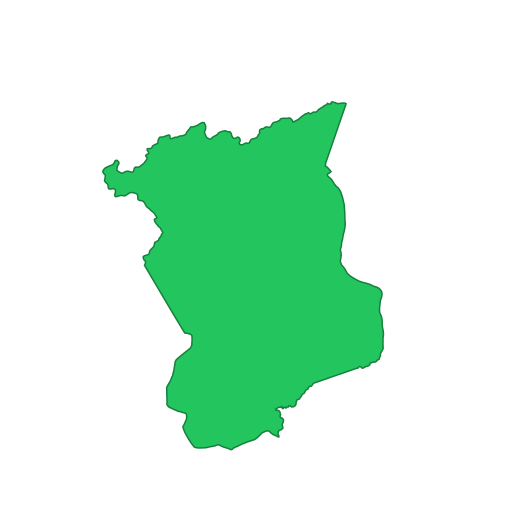 Anajás, Pará, Brazil, rotated 54°
{"feature_id": "56859067B41993569024253", "entity_name": "Anajás", "entity_type": "district", "adm_level": 2, "iso_a3": "BRA", "parent_name": "Brazil", "parent_adm1": "Pará", "projection": "robinson", "projection_center": [-50.06, -0.792], "detail": "fine", "context": "isolated", "style": "filled", "palette": "green", "viewbox_px": 512, "rotation_deg": 54, "n_neighbors": 0, "source": "geoboundaries", "source_scale": "gbopen_adm2", "svg_char_len": 6153}
<svg xmlns="http://www.w3.org/2000/svg" viewBox="0 0 512 512"><g transform="rotate(54 256 256)"><path d="M113.2,232.8L114.2,235.7L114.9,238.8L116.0,240.8L116.3,241.9L115.7,244.1L115.1,245.6L114.3,246.9L113.9,247.9L113.7,248.9L113.6,250.3L112.8,250.9L112.2,252.2L111.7,254.4L111.0,256.0L109.8,256.2L108.7,255.3L107.8,254.9L106.8,255.4L106.0,257.8L105.1,261.2L103.4,263.8L103.6,264.9L104.3,266.3L105.0,267.3L106.0,268.1L107.1,269.3L106.3,273.2L106.2,275.0L107.3,276.9L107.1,278.2L105.7,280.0L105.4,281.1L106.1,281.8L108.5,281.9L109.4,282.1L110.0,283.2L109.6,284.8L109.8,286.1L110.8,286.5L111.8,286.3L112.9,286.5L113.5,287.3L115.1,292.3L115.3,297.6L115.1,298.9L113.3,301.1L113.4,302.9L115.1,304.7L115.6,305.6L115.5,306.7L115.0,307.5L112.3,309.5L111.5,310.7L111.1,311.6L110.5,315.4L109.5,316.4L106.2,317.9L104.6,317.9L103.6,317.2L102.0,315.5L101.0,313.2L100.2,312.2L99.2,311.8L97.0,312.1L96.3,313.1L96.2,314.3L97.2,315.8L97.8,317.3L97.8,318.8L96.9,322.0L96.2,325.7L96.2,326.9L96.6,328.5L97.2,329.8L98.1,330.6L99.2,330.7L101.3,330.5L102.3,330.5L104.0,332.1L106.1,334.4L108.2,334.4L110.0,333.9L110.9,333.9L112.8,334.6L113.6,335.3L114.4,335.6L115.4,335.5L116.3,334.5L117.3,332.4L118.2,331.2L119.1,331.0L120.2,331.0L121.7,332.1L123.0,333.9L123.8,334.6L124.8,334.9L125.7,334.6L127.4,330.0L128.1,329.0L130.1,327.0L130.5,325.6L130.6,321.8L130.9,320.3L131.6,319.2L134.3,316.7L135.7,316.0L136.8,315.9L138.3,316.6L140.2,318.0L141.1,318.2L142.4,317.7L144.7,315.4L146.0,315.0L147.8,315.0L151.3,315.5L152.7,315.3L155.8,314.4L157.7,314.2L161.3,313.2L162.3,313.2L163.5,313.4L165.6,313.4L166.8,313.7L166.9,314.9L166.5,315.9L166.8,316.9L168.6,317.6L171.9,317.7L173.0,317.5L174.8,317.5L176.8,316.9L179.2,317.3L182.1,317.5L182.7,318.6L183.1,320.1L184.1,321.0L184.4,321.9L184.5,323.2L185.0,324.3L185.6,325.1L186.0,326.0L185.5,330.0L187.6,332.2L188.3,333.4L189.1,338.1L189.5,339.1L191.3,341.1L191.5,342.6L190.2,346.0L190.2,347.5L190.9,348.2L193.2,348.9L195.4,348.6L196.2,349.1L196.9,349.9L197.5,350.7L198.0,351.7L255.9,357.2L276.4,358.9L277.4,358.0L278.1,356.9L279.5,356.2L280.6,354.9L282.8,354.7L285.9,356.7L290.4,360.4L291.9,363.1L292.4,373.6L293.0,381.3L294.0,383.5L299.6,389.0L303.9,394.0L304.4,395.1L306.6,398.5L309.3,404.6L310.3,405.9L321.6,413.6L323.2,415.0L324.2,415.4L325.2,415.5L326.9,415.3L332.5,412.3L333.5,411.6L335.4,410.6L337.8,408.5L338.9,407.8L341.6,405.6L342.4,405.3L343.5,405.5L345.6,406.7L347.1,408.2L350.1,413.2L350.6,414.5L351.3,415.6L352.8,416.2L356.6,417.2L364.6,418.2L366.3,418.2L367.3,418.4L373.8,418.3L374.7,418.0L375.9,417.1L377.7,415.1L378.9,413.4L381.8,409.0L382.7,406.6L385.4,401.1L386.2,398.1L387.1,397.0L391.3,394.7L395.9,391.2L397.9,390.3L398.4,388.9L398.2,386.7L398.4,385.2L399.0,383.4L400.0,377.6L401.4,372.2L403.7,365.0L403.8,362.7L403.1,357.1L402.7,355.7L402.8,354.2L403.5,351.2L404.0,349.8L404.8,348.9L405.8,348.1L407.0,348.2L410.3,347.2L413.9,345.1L414.9,344.7L415.8,344.0L414.9,343.2L412.6,342.6L411.2,341.2L410.9,340.2L411.0,338.9L411.3,338.0L411.3,336.0L410.8,335.2L409.7,334.7L408.8,334.5L407.7,333.8L407.1,332.9L406.7,332.0L405.4,330.5L404.4,330.0L403.5,330.0L402.5,330.1L401.7,330.9L400.6,331.0L399.6,330.7L399.0,329.5L395.8,328.2L394.8,328.4L393.7,328.9L393.2,329.8L392.1,330.6L391.3,329.7L391.7,328.8L391.5,327.0L392.1,326.3L392.4,325.3L393.2,324.7L392.9,323.7L394.0,323.7L395.0,324.2L395.4,323.3L394.8,322.5L395.4,321.4L396.6,321.2L396.6,319.1L397.2,318.4L396.5,317.5L397.4,316.3L398.9,316.1L400.0,314.4L400.2,313.0L399.9,311.7L399.4,310.7L398.5,310.2L397.9,309.2L396.5,307.8L397.2,305.0L396.4,303.0L396.2,301.9L395.6,300.9L395.3,299.9L395.1,299.0L395.4,297.9L394.9,296.7L394.2,295.7L393.9,294.3L394.1,292.0L393.2,290.9L393.1,289.2L393.8,288.0L393.5,286.2L392.7,284.4L405.7,241.5L406.6,239.3L406.2,238.3L406.4,237.1L407.7,236.2L408.6,236.2L409.7,235.4L409.7,234.0L410.0,232.5L411.1,229.1L411.0,228.0L409.6,226.5L410.2,225.5L411.0,223.1L411.8,222.0L412.0,220.5L411.6,219.2L411.9,217.0L411.0,216.1L410.3,215.0L410.0,214.1L408.2,212.8L405.7,207.6L402.1,205.2L396.8,201.3L394.6,199.1L391.6,197.2L388.4,195.8L385.4,194.0L381.8,191.5L378.9,190.2L376.7,189.6L374.7,189.3L372.0,187.6L370.0,186.0L364.8,181.2L363.4,179.0L362.2,177.6L360.2,175.9L357.8,175.1L354.9,175.4L352.3,176.5L349.3,178.8L345.9,180.5L341.6,183.8L339.8,185.4L336.7,187.5L333.5,189.1L330.0,190.6L327.3,191.6L323.4,192.4L319.8,191.8L317.7,191.7L313.3,192.0L309.8,190.9L305.4,186.5L302.9,185.1L300.5,184.1L298.3,181.3L295.4,178.7L293.0,175.8L290.5,173.4L288.0,170.3L285.3,167.4L282.4,164.8L279.3,163.0L273.4,158.9L266.5,154.6L259.9,151.7L254.0,149.8L251.8,149.5L249.0,149.5L246.3,150.2L243.6,150.3L240.8,150.0L238.3,149.9L233.3,151.0L232.2,150.4L231.7,149.5L232.0,148.3L231.9,145.7L230.5,145.7L227.3,146.0L226.0,146.2L223.9,147.0L221.7,144.9L185.8,93.6L184.6,94.1L183.3,95.8L180.7,100.5L178.5,101.7L177.5,102.7L176.2,103.4L175.9,104.9L176.9,105.7L176.3,107.3L174.5,108.5L175.1,110.0L174.7,111.2L174.7,112.3L174.4,113.2L174.9,114.4L174.5,115.3L174.3,119.1L174.5,120.2L174.9,121.6L174.7,123.3L173.9,124.1L173.3,125.1L173.2,126.8L172.9,128.6L171.9,128.8L170.8,129.6L170.6,131.3L170.1,132.4L170.0,137.2L170.2,138.2L170.2,140.4L170.6,141.6L170.2,142.5L169.8,145.6L169.4,147.3L167.3,146.9L165.3,147.1L163.9,147.8L163.0,149.8L160.7,152.8L159.6,154.9L159.5,155.8L160.2,157.0L159.6,160.3L158.6,162.6L158.3,163.6L158.5,164.8L159.4,166.6L160.0,168.6L159.6,169.9L157.6,171.7L157.2,173.0L157.2,174.4L157.4,175.5L156.4,176.4L156.2,177.8L156.2,178.8L156.9,179.6L157.7,180.3L158.8,180.9L159.2,182.0L159.3,183.0L159.9,183.9L160.5,185.3L160.5,186.4L160.2,187.5L159.7,189.0L159.0,190.4L159.0,192.2L160.6,195.1L159.8,196.6L158.6,197.8L157.9,202.0L156.7,203.1L155.5,203.6L154.6,203.0L153.5,201.1L152.4,200.4L151.1,200.1L150.1,200.2L149.0,200.9L148.6,203.5L148.0,204.6L147.2,205.1L144.8,205.0L142.1,204.0L140.4,204.0L138.6,206.1L137.0,206.9L136.3,207.8L135.2,210.0L135.1,211.1L134.5,212.6L134.4,214.0L134.9,215.5L134.9,216.7L134.4,221.3L134.8,223.5L134.1,225.0L132.9,225.4L131.2,226.3L126.7,225.4L125.5,224.8L124.8,224.0L123.9,222.3L121.6,220.5L120.5,220.1L117.7,219.5L116.6,220.8L116.2,221.9L115.7,227.5L114.4,231.4L113.2,232.8Z" fill="#22c55e" stroke="#15803d" stroke-width="1.5"/></g></svg>